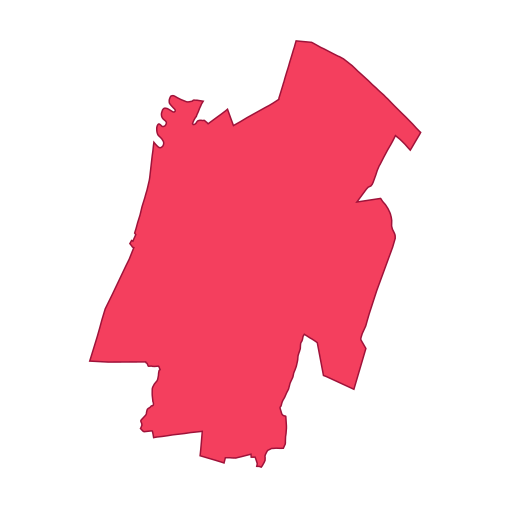 Soc Trang, Sóc Trăng, Vietnam (Equal Earth projection), rotated 175°
{"feature_id": "81297802B1985987011497", "entity_name": "Soc Trang", "entity_type": "district", "adm_level": 2, "iso_a3": "VNM", "parent_name": "Vietnam", "parent_adm1": "Sóc Trăng", "projection": "equal_earth", "projection_center": [105.991, 9.61], "detail": "fine", "context": "isolated", "style": "filled", "palette": "rose", "viewbox_px": 512, "rotation_deg": 175, "n_neighbors": 0, "source": "geoboundaries", "source_scale": "gbopen_adm2", "svg_char_len": 6064}
<svg xmlns="http://www.w3.org/2000/svg" viewBox="0 0 512 512"><g transform="rotate(175 256 256)"><path d="M126.2,301.5L126.9,302.5L150.8,301.0L140.1,313.1L138.2,314.8L135.4,315.8L134.0,317.3L132.9,319.2L129.6,326.3L127.7,330.8L125.5,334.9L125.0,335.7L124.5,336.3L120.2,343.2L117.9,346.7L115.7,350.1L114.0,352.5L113.2,353.7L112.7,354.3L110.0,358.3L106.6,363.8L102.6,359.9L101.0,358.1L97.8,354.3L95.1,350.6L93.1,348.0L91.4,350.3L85.5,358.6L82.4,362.9L81.2,364.8L82.0,365.6L85.2,369.5L88.3,373.6L94.8,381.5L98.1,385.3L104.7,393.1L107.9,397.0L111.0,400.9L113.1,403.2L114.5,405.0L118.1,408.8L120.0,410.9L121.6,412.8L125.2,416.6L128.4,420.4L135.0,427.6L138.6,431.4L140.7,433.9L143.5,437.1L151.6,444.7L155.6,447.4L156.6,447.8L161.6,450.9L166.6,454.1L170.2,456.4L173.2,458.1L180.4,463.0L182.0,464.0L197.3,466.8L198.5,463.7L199.6,460.7L200.9,457.7L202.1,454.6L205.8,445.4L207.0,442.2L208.1,439.5L209.4,436.4L211.9,430.1L213.0,427.0L213.5,426.0L214.3,423.9L218.2,414.2L219.4,411.3L219.6,410.1L221.4,409.1L225.5,406.9L229.8,404.8L233.4,403.3L253.1,394.5L259.6,391.3L267.1,387.9L269.3,396.0L271.6,404.7L273.4,403.4L278.5,400.2L283.5,397.2L287.9,394.5L292.2,391.9L293.5,393.5L294.4,394.3L295.4,395.4L295.7,395.6L295.9,395.7L296.8,395.6L297.5,395.6L298.4,395.9L299.1,396.0L300.0,396.1L301.0,396.0L302.4,395.6L303.3,394.7L304.1,393.6L305.4,392.6L306.1,392.4L307.1,392.4L307.7,393.4L306.9,395.1L306.1,396.6L305.0,398.2L304.2,399.3L303.7,399.8L303.3,400.1L303.0,401.0L302.4,402.2L300.9,404.8L299.8,407.1L299.2,408.3L297.9,410.5L297.1,412.1L295.1,414.8L299.5,415.9L301.0,416.3L303.0,416.5L304.0,416.7L304.7,416.7L305.3,416.4L305.7,416.0L306.0,415.8L308.9,415.5L310.1,415.4L311.1,415.5L312.0,415.8L317.3,418.5L320.8,420.7L322.3,421.8L322.8,422.1L323.6,422.6L324.3,422.9L325.0,423.0L325.6,423.0L326.4,422.8L327.0,422.6L327.6,421.7L328.2,420.6L328.7,419.4L328.9,418.6L329.0,417.2L329.0,416.2L328.8,415.6L328.2,414.5L327.5,413.5L325.6,411.0L324.2,409.3L323.8,408.5L323.8,407.6L324.1,407.1L324.5,406.8L324.9,406.6L325.5,406.6L326.1,406.8L327.0,407.4L328.6,408.6L331.3,410.5L332.1,410.8L333.0,411.1L333.7,411.2L334.4,411.2L335.1,410.9L335.7,410.4L336.4,409.6L337.1,408.0L337.7,406.5L337.9,405.4L337.9,404.4L337.8,403.3L337.5,402.3L336.9,401.1L336.3,400.3L335.0,399.0L334.4,398.4L333.9,397.6L333.7,396.9L333.7,396.2L334.0,395.4L334.4,394.7L335.0,393.9L335.7,393.4L336.8,393.1L337.7,393.1L338.4,393.4L339.4,394.6L340.2,395.4L340.7,395.8L341.2,396.0L341.7,395.9L342.4,395.3L343.1,394.2L343.6,392.8L343.8,391.5L343.9,389.5L343.8,387.9L343.5,386.4L343.2,385.4L342.6,384.4L341.5,383.2L340.5,382.0L339.7,381.0L338.7,379.1L338.2,377.9L338.1,376.9L338.2,375.8L338.5,375.0L339.0,373.9L340.0,373.0L341.0,372.4L341.8,372.2L342.5,372.3L343.4,372.7L344.2,373.5L345.1,374.5L346.5,376.3L347.8,378.2L348.5,375.1L349.6,369.5L350.6,365.2L355.0,343.5L355.7,340.7L356.2,339.2L356.7,337.7L357.6,334.9L358.9,331.0L360.3,327.5L361.7,323.7L364.5,316.9L365.3,314.9L368.0,306.8L370.9,299.8L373.1,293.8L374.9,289.4L373.9,287.8L374.7,286.3L377.4,281.5L378.6,282.3L380.6,279.3L379.2,277.3L378.3,275.7L377.5,275.2L377.0,275.0L382.5,264.0L386.4,257.6L402.5,230.2L410.8,216.5L415.0,206.0L418.0,197.8L421.1,189.7L426.2,177.1L430.8,165.8L412.3,163.2L375.1,160.1L375.0,159.6L374.9,159.3L374.4,158.9L374.0,158.7L373.8,158.4L373.3,156.8L373.0,155.9L372.8,155.6L371.8,155.5L371.0,155.5L370.3,155.5L369.9,155.5L368.7,155.1L366.7,154.8L363.3,154.8L362.7,154.7L362.4,154.3L361.4,151.1L362.0,150.9L362.3,150.6L362.6,150.1L362.8,149.4L363.2,148.0L363.4,146.9L363.6,145.5L364.4,142.7L364.8,141.5L365.3,140.6L365.8,139.9L366.8,139.0L368.5,137.2L370.3,134.4L370.8,133.2L371.0,132.1L371.4,128.1L371.5,126.6L371.5,125.4L371.4,121.0L371.4,120.2L371.1,119.0L371.0,118.2L371.2,116.9L371.3,116.5L372.1,115.8L372.8,115.9L373.4,115.7L374.8,114.4L376.5,113.6L377.2,113.1L377.6,112.7L378.0,111.9L378.7,109.8L378.9,108.6L379.2,107.9L379.5,107.4L380.3,106.6L384.1,103.2L384.7,102.6L385.0,102.2L385.1,101.7L385.1,101.2L385.0,100.8L384.5,99.4L384.4,98.3L384.4,97.3L384.7,96.8L385.4,95.3L386.1,94.2L383.9,91.4L382.8,90.7L375.7,90.9L374.8,90.8L374.5,90.5L374.1,87.7L373.8,84.0L370.6,84.3L365.1,84.4L359.7,84.7L354.4,85.1L342.6,85.4L336.6,85.8L324.8,86.0L325.4,82.5L326.6,75.5L327.9,68.1L329.1,61.9L320.2,58.4L315.6,56.6L307.7,53.4L305.9,52.6L304.1,57.7L299.5,57.3L297.2,56.9L293.7,56.5L292.0,56.8L288.5,57.3L278.3,59.0L278.3,56.0L274.4,55.7L273.7,53.0L273.2,50.8L272.9,49.5L272.9,48.9L273.0,48.3L273.6,46.4L271.1,46.1L269.2,45.2L268.1,46.4L265.9,49.6L264.8,51.6L264.5,54.1L264.5,56.0L263.9,57.4L263.3,58.4L262.8,59.2L262.0,60.5L261.5,61.0L261.0,61.5L259.3,62.1L257.8,62.7L257.3,62.9L256.7,62.9L255.7,62.8L252.7,62.8L248.8,62.3L247.4,62.2L245.5,62.1L243.9,65.0L243.4,65.8L243.0,67.2L242.9,68.6L242.3,73.5L241.6,76.3L241.1,79.3L240.7,81.7L240.5,84.1L240.3,93.5L240.4,93.8L240.7,94.0L241.3,94.1L242.2,94.5L242.8,94.8L243.5,95.5L243.8,95.9L244.1,96.6L245.0,100.8L245.3,102.4L245.3,102.8L245.2,103.2L245.0,103.5L244.2,104.3L243.9,105.0L243.6,105.8L243.4,106.4L243.0,107.5L242.6,108.4L241.7,110.0L239.8,112.7L237.4,117.1L235.3,120.4L235.1,120.8L234.8,121.7L234.0,123.9L233.6,125.1L233.3,126.0L233.0,126.6L232.3,127.9L230.6,130.8L230.0,131.9L229.7,132.5L229.4,133.6L228.9,135.2L228.7,136.0L228.0,137.4L227.1,139.1L225.5,142.5L224.8,144.7L224.0,147.2L223.5,149.0L223.1,151.5L223.0,152.0L222.8,153.0L222.4,154.0L221.7,155.7L220.9,157.4L220.4,158.8L220.1,159.4L219.9,160.1L219.8,160.8L219.7,161.7L219.5,163.0L219.2,164.7L219.0,165.3L218.8,165.8L218.5,166.2L218.1,166.7L217.7,167.3L217.4,167.9L217.2,168.4L216.9,169.1L216.2,171.6L215.9,172.2L215.6,172.6L215.3,173.0L214.7,173.8L212.3,172.0L209.1,169.5L207.6,168.5L205.9,167.2L203.8,165.5L202.5,164.3L199.2,131.1L196.5,129.8L170.1,114.7L154.6,154.3L158.8,163.3L158.8,164.6L158.3,166.1L156.9,169.5L152.8,176.7L150.7,182.3L148.2,188.7L138.7,211.1L119.1,252.9L115.8,261.4L115.6,263.9L115.8,265.5L116.4,267.3L117.7,270.6L118.3,274.0L117.7,279.6L117.9,282.9L118.2,284.6L118.4,286.0L118.9,287.7L120.4,291.7L122.5,295.7L125.1,299.3L126.0,300.9L126.2,301.5Z" fill="#f43f5e" stroke="#9f1239" stroke-width="1.5"/></g></svg>